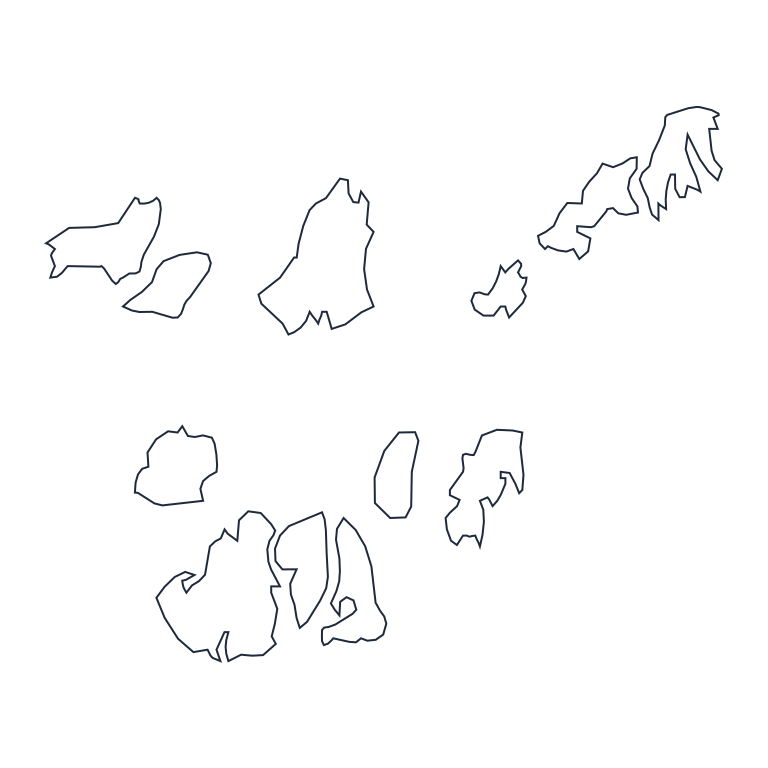 the border of Bolama
{"feature_id": "GNB-770", "entity_name": "Bolama", "entity_type": "Region", "adm_level": 1, "iso_a3": "GNB", "parent_name": "Guinea-Bissau", "parent_adm1": "", "projection": "equal_earth", "projection_center": [-15.897, 11.361], "detail": "fine", "context": "isolated", "style": "outline", "palette": "slate", "viewbox_px": 768, "rotation_deg": 0, "n_neighbors": 0, "source": "natural_earth", "source_scale": "10m", "svg_char_len": 5225}
<svg xmlns="http://www.w3.org/2000/svg" viewBox="0 0 768 768"><path d="M280.0,586.4L271.2,586.4L271.2,592.7L277.3,608.8L274.8,624.0L271.7,636.4L275.8,643.9L263.1,655.1L252.1,655.7L241.1,654.7L228.4,661.1L226.3,653.8L225.6,646.9L226.3,640.0L228.4,632.1L224.5,632.1L216.5,649.7L220.4,661.1L212.6,657.9L210.5,655.6L207.6,649.7L193.4,652.1L178.1,638.8L164.7,617.9L156.4,597.8L164.6,586.8L174.7,577.0L185.2,571.9L194.5,575.0L186.0,579.8L182.2,580.7L182.8,584.4L183.4,587.0L184.5,589.4L186.4,592.7L192.0,585.4L199.0,581.1L205.0,574.8L209.9,546.4L215.2,541.4L220.8,538.4L224.6,529.4L227.7,533.7L237.3,540.8L239.0,520.3L248.3,511.3L260.7,513.0L271.2,524.2L275.2,530.5L273.4,535.3L269.5,540.8L267.3,549.3L268.4,561.7L271.1,569.5L280.0,586.4ZM296.7,257.6L298.6,243.7L303.3,225.8L309.6,210.1L315.9,203.5L326.0,198.1L340.0,178.6L347.9,180.2L348.6,193.4L353.3,202.1L358.5,202.6L361.0,191.6L368.6,202.3L366.7,224.6L373.6,231.9L366.0,248.8L364.1,269.1L367.0,289.5L373.6,306.5L361.4,312.3L345.3,324.4L331.7,328.9L326.7,311.8L322.1,311.8L321.2,315.7L319.4,319.8L318.2,323.6L316.2,320.6L311.7,314.9L309.7,311.8L306.1,320.9L300.6,327.6L294.3,332.1L288.5,334.5L282.6,323.6L261.3,303.6L258.5,294.6L280.1,277.6L294.1,257.5L296.7,257.6ZM139.5,271.5L135.7,273.4L129.3,273.5L123.0,277.6L120.2,278.9L118.2,282.2L115.8,284.0L112.1,280.6L104.0,268.4L101.5,266.1L100.1,266.7L67.6,266.1L62.0,272.8L57.1,276.7L50.3,277.6L52.2,271.9L54.9,266.1L51.0,255.7L51.8,253.3L54.9,249.0L48.8,244.4L46.1,243.3L69.1,227.9L94.7,227.2L118.2,223.1L135.0,197.8L137.9,198.9L138.5,199.4L138.5,200.4L139.7,203.5L144.3,203.6L148.9,202.7L153.1,200.8L156.6,197.8L158.9,200.2L160.0,202.8L160.8,209.1L158.8,224.2L154.0,236.6L143.8,254.7L141.4,262.0L140.8,267.0L139.5,271.5ZM522.3,432.5L520.4,447.5L523.5,475.0L522.3,490.0L519.2,493.2L515.4,483.8L509.6,473.0L500.7,471.8L500.7,478.1L505.4,478.1L505.4,483.8L500.7,495.0L497.3,500.8L492.6,506.1L489.2,499.5L487.5,497.4L479.9,500.8L483.3,509.7L483.9,521.8L482.5,534.9L479.9,546.5L478.6,542.9L476.6,539.0L475.3,535.6L471.5,536.1L470.1,536.6L469.1,536.6L466.8,535.6L463.0,535.6L456.9,545.0L451.0,540.7L446.9,529.4L445.6,518.0L450.0,512.6L457.1,506.1L459.6,499.9L449.9,495.2L449.9,490.0L463.0,471.8L463.6,468.2L462.4,458.3L463.0,454.8L465.9,453.8L470.1,454.8L473.7,455.1L475.3,452.2L481.9,435.5L496.8,429.8L512.6,430.5L522.3,432.5ZM718.7,115.2L713.4,117.5L717.7,128.9L709.2,128.9L711.6,150.8L714.6,160.2L721.9,168.8L717.7,180.2L708.4,171.4L700.0,159.5L687.6,134.6L685.7,149.3L690.1,163.2L696.3,176.9L700.4,191.6L697.4,189.8L687.6,185.9L684.9,197.1L679.6,197.2L675.2,188.8L675.0,174.5L670.7,174.5L668.1,182.1L666.4,190.6L665.7,199.7L666.1,209.1L660.6,205.5L658.4,203.5L658.5,220.1L652.0,214.5L649.6,207.1L647.8,198.2L643.2,188.7L639.7,179.4L642.4,172.9L649.5,166.1L652.6,153.5L658.9,140.6L664.8,125.5L665.3,117.2L667.2,114.9L688.3,108.2L696.9,106.9L700.2,107.2L711.7,110.1L718.5,113.7L718.7,115.2ZM203.1,500.8L162.4,505.4L154.4,503.4L137.8,492.8L134.9,492.6L135.6,482.6L138.0,474.4L142.2,468.8L148.4,466.7L147.5,452.5L156.1,439.3L168.1,431.3L177.6,432.5L182.3,426.2L187.9,436.0L194.9,437.0L203.0,435.4L211.9,437.7L214.6,443.7L216.4,454.6L217.1,465.5L216.5,471.8L209.2,475.9L203.1,481.0L200.4,488.8L203.1,500.8ZM343.6,518.0L355.7,530.0L365.2,546.3L371.4,566.4L375.6,602.7L380.0,610.6L384.3,616.6L386.3,623.7L383.2,634.6L375.7,639.8L367.3,640.7L361.0,638.3L356.0,642.3L349.5,641.9L333.2,638.3L331.7,640.2L327.9,643.7L323.9,645.1L322.0,641.1L321.9,634.3L322.1,629.9L324.1,627.6L328.8,626.9L335.2,624.6L352.6,613.8L356.3,609.7L353.5,600.4L346.5,597.2L340.2,601.8L339.4,615.4L334.8,609.8L330.9,603.5L336.4,591.1L339.2,581.3L339.9,571.3L339.4,558.4L336.0,539.7L337.0,528.8L343.6,518.0ZM636.8,157.3L636.6,168.8L629.8,178.4L628.0,188.7L631.6,198.0L637.4,206.4L638.0,212.5L626.1,214.8L618.3,213.3L613.0,208.1L607.2,209.1L606.3,211.4L594.2,226.2L591.1,227.2L577.2,226.2L577.2,231.9L590.4,238.4L588.1,251.4L579.3,259.0L573.4,249.0L566.4,251.6L558.0,250.4L551.0,247.8L547.9,246.2L545.0,249.0L539.7,243.5L538.0,235.8L545.7,231.9L553.8,225.9L559.5,213.3L567.3,203.0L581.8,203.5L583.0,190.8L589.3,181.6L596.9,173.4L602.6,163.6L613.1,167.2L622.4,163.5L630.4,158.3L636.8,157.3ZM326.6,552.2L327.9,576.8L326.2,588.2L320.1,600.7L307.0,621.9L299.8,627.9L296.6,618.0L294.5,604.8L290.9,594.5L290.2,583.8L296.6,569.3L282.4,569.4L275.5,561.1L275.0,548.6L280.0,535.6L288.9,526.1L322.0,512.3L324.6,519.2L325.9,530.4L326.6,552.2ZM152.3,311.8L139.3,312.0L131.9,310.5L123.0,306.5L130.5,299.8L141.8,292.0L152.0,282.1L156.6,269.2L163.6,261.1L179.6,254.9L196.9,252.3L207.8,254.7L210.8,263.1L208.6,271.0L190.2,296.9L186.6,300.8L184.4,304.5L182.9,309.2L181.0,313.9L177.7,317.5L172.4,317.7L152.3,311.8ZM399.0,432.5L415.1,432.2L418.4,440.8L411.8,471.8L411.2,506.5L405.6,517.4L390.2,518.0L374.9,503.0L374.6,477.5L384.3,450.9L399.0,432.5ZM518.0,272.4L519.3,274.3L520.4,276.5L522.5,278.0L526.5,277.6L526.0,281.5L525.3,284.0L522.2,289.5L525.8,296.1L522.8,302.8L509.1,317.5L506.1,309.7L505.3,306.5L500.7,306.5L493.6,315.6L483.5,315.6L474.7,309.6L471.4,300.8L474.5,293.2L479.5,292.4L484.7,294.3L488.0,294.6L492.6,288.4L496.1,281.6L498.8,274.2L500.7,266.1L505.3,272.4L508.5,268.8L518.0,260.4L521.1,263.8L521.2,266.2L518.0,272.4Z" fill="none" stroke="#1e293b" stroke-width="2"/></svg>